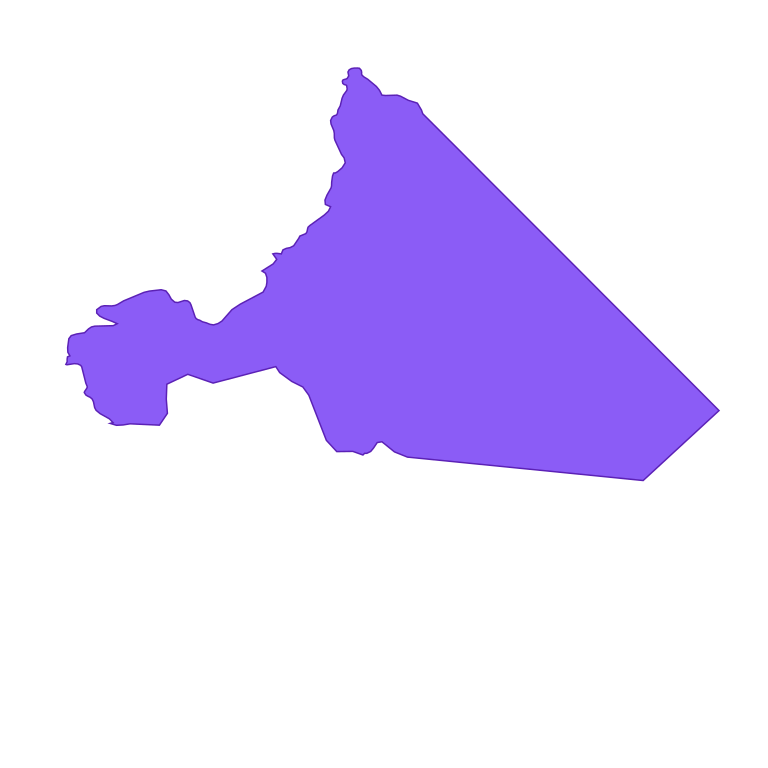 an SVG outline of Kagera, rotated 45°
{"feature_id": "TZA-3360", "entity_name": "Kagera", "entity_type": "Region", "adm_level": 1, "iso_a3": "TZA", "parent_name": "United Republic of Tanzania", "parent_adm1": "", "projection": "albers", "projection_center": [30.807, -1.99], "detail": "fine", "context": "isolated", "style": "filled", "palette": "violet", "viewbox_px": 768, "rotation_deg": 45, "n_neighbors": 0, "source": "natural_earth", "source_scale": "10m", "svg_char_len": 2630}
<svg xmlns="http://www.w3.org/2000/svg" viewBox="0 0 768 768"><g transform="rotate(45 384 384)"><path d="M142.3,200.6L140.4,199.3L140.0,198.0L140.6,196.7L141.4,195.4L141.9,194.1L141.2,191.1L137.9,188.9L137.2,186.5L137.9,184.0L139.6,181.6L141.4,179.8L141.6,179.5L143.4,178.1L146.2,178.3L147.8,179.4L148.9,180.6L150.2,181.2L152.9,181.0L157.0,180.0L168.2,179.0L173.0,179.5L178.3,181.2L181.1,178.9L189.0,170.5L192.2,168.8L200.6,166.2L209.0,161.8L216.8,163.8L220.3,165.5L234.6,165.5L275.2,165.5L315.7,165.6L320.4,165.6L356.3,165.6L396.8,165.6L437.3,165.6L476.7,165.7L477.9,165.7L518.4,165.7L559.0,165.8L599.5,165.8L639.7,165.9L635.5,269.0L452.3,419.1L439.4,424.6L423.4,426.3L420.6,430.2L421.9,436.7L422.3,441.1L420.9,445.1L419.3,446.8L419.3,449.1L409.6,453.7L398.4,465.2L383.1,464.6L338.8,445.1L328.7,443.5L317.0,447.4L302.2,449.7L295.2,448.2L262.5,504.2L238.4,515.9L230.6,537.7L240.7,548.6L251.6,557.9L254.3,571.9L232.6,591.7L228.5,597.4L224.0,602.4L218.2,605.5L219.7,602.9L214.5,602.8L204.2,605.7L199.0,606.2L196.1,605.3L191.1,602.0L188.3,601.0L185.6,601.2L183.4,602.0L181.1,602.6L178.1,602.0L177.6,601.0L176.9,597.4L176.4,596.0L175.4,595.4L172.5,594.2L158.1,585.6L156.3,585.3L153.2,586.4L150.6,588.6L146.2,594.6L145.2,595.1L144.2,592.3L142.3,590.4L141.0,588.6L142.0,586.2L138.0,585.1L134.6,582.0L129.1,574.8L128.6,571.0L131.2,566.1L136.0,559.5L136.1,553.9L136.8,550.5L138.6,547.6L151.3,534.2L152.7,530.0L147.6,531.9L139.7,535.5L135.0,537.0L130.7,537.0L128.3,534.6L129.1,529.2L130.9,526.4L136.2,521.4L138.3,518.6L139.3,516.3L141.1,509.3L149.5,488.9L152.4,484.2L159.8,474.9L164.0,472.4L168.8,473.0L173.6,474.4L178.2,474.1L180.7,472.1L183.8,466.1L186.4,464.1L189.2,463.7L191.6,464.5L203.1,470.2L204.9,470.6L207.0,470.1L208.6,469.2L211.6,468.4L215.1,466.4L218.8,464.8L221.7,462.7L223.9,458.6L224.9,454.1L223.9,438.9L225.9,429.2L233.5,404.5L231.6,398.1L229.3,394.9L225.9,391.5L221.9,389.5L217.8,390.4L220.7,377.5L220.0,371.7L213.4,370.6L214.5,368.8L215.8,367.4L219.4,364.6L217.7,360.6L219.0,357.2L221.2,353.9L222.4,350.1L220.7,341.3L219.9,338.9L222.4,332.9L221.9,330.8L219.9,327.8L219.4,326.7L219.5,324.3L222.3,306.8L222.5,301.1L220.9,296.4L215.6,298.5L212.2,295.7L210.1,290.7L207.9,282.8L206.9,281.1L204.2,278.2L200.5,273.3L199.2,270.4L200.4,269.1L201.1,266.5L201.5,260.7L200.2,255.0L195.9,252.3L191.6,251.7L176.9,246.3L174.9,245.1L171.6,241.9L169.3,240.3L162.7,237.6L159.9,235.4L158.7,231.9L158.9,230.2L159.4,228.9L159.9,228.0L160.2,227.3L159.7,225.5L157.7,222.8L156.4,218.3L152.3,211.6L151.0,208.4L150.1,202.7L149.2,201.3L146.4,199.3L145.5,199.6L144.1,200.4L142.3,200.6Z" fill="#8b5cf6" stroke="#5b21b6" stroke-width="1.5"/></g></svg>